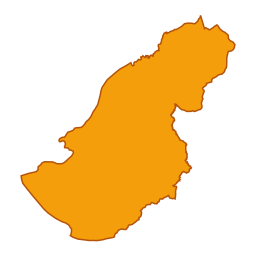 outline of Nonghed, Xiangkhoang, Laos
{"feature_id": "54806243B9713261683611", "entity_name": "Nonghed", "entity_type": "district", "adm_level": 2, "iso_a3": "LAO", "parent_name": "Laos", "parent_adm1": "Xiangkhoang", "projection": "robinson", "projection_center": [104.045, 19.614], "detail": "fine", "context": "isolated", "style": "filled", "palette": "amber", "viewbox_px": 256, "rotation_deg": 0, "n_neighbors": 0, "source": "geoboundaries", "source_scale": "gbopen_adm2", "svg_char_len": 5860}
<svg xmlns="http://www.w3.org/2000/svg" viewBox="0 0 256 256"><path d="M130.9,62.7L125.5,66.0L119.7,69.2L115.5,72.6L107.3,79.7L102.4,86.9L101.2,90.0L100.1,95.6L97.8,104.5L94.4,110.2L93.4,111.3L91.0,116.5L88.5,119.7L86.8,121.1L85.6,122.4L84.9,123.8L83.1,125.9L81.4,127.3L78.5,127.7L77.0,127.7L74.6,128.2L73.4,130.1L72.0,130.8L67.7,132.3L67.0,133.6L66.3,134.4L65.6,135.7L64.4,137.3L63.1,137.2L61.5,137.6L59.6,138.9L59.1,139.9L59.0,140.6L59.5,141.7L60.9,141.6L62.0,141.1L63.7,140.7L64.9,142.0L65.3,143.5L65.3,144.8L64.5,146.8L64.8,147.7L67.8,148.0L68.8,148.9L69.4,150.0L70.9,150.2L73.2,151.2L73.4,152.3L73.1,153.5L71.6,156.0L64.7,162.2L62.8,163.4L60.7,163.8L58.9,163.8L56.6,163.6L53.5,162.2L52.2,161.9L44.4,161.8L41.8,163.0L40.7,164.8L38.7,166.2L38.1,166.9L38.1,169.5L36.3,171.7L29.0,173.3L21.1,175.8L21.7,179.8L22.9,183.5L32.3,195.3L44.2,209.4L48.5,213.3L55.6,218.3L62.0,221.7L65.5,222.9L68.8,225.0L69.8,226.6L70.3,227.6L71.5,228.8L71.5,231.4L71.0,234.5L70.3,235.7L73.1,237.2L77.7,239.0L81.4,239.5L89.6,240.5L93.9,240.4L95.8,240.6L97.9,240.5L103.5,239.6L105.9,238.8L112.8,237.5L114.5,236.8L114.5,235.5L115.0,234.2L115.7,233.4L116.8,233.0L117.8,231.0L118.8,230.2L120.2,229.3L120.8,229.2L122.3,229.1L125.0,229.5L125.8,229.5L126.6,229.0L126.9,228.2L127.7,227.5L128.6,225.2L132.1,224.5L136.1,221.5L137.4,220.2L138.9,219.7L139.1,219.2L139.0,217.5L139.2,217.3L140.3,216.9L141.2,215.5L141.2,214.5L141.6,213.5L141.3,211.6L140.6,211.0L140.5,210.6L140.8,210.2L141.9,209.7L142.3,208.7L143.3,207.8L144.4,207.6L145.2,207.1L146.3,205.0L148.8,204.5L150.0,204.6L150.7,203.9L151.4,202.8L151.8,202.5L155.0,203.7L156.8,203.8L157.3,203.4L157.6,202.1L158.6,202.0L159.0,201.7L159.9,199.0L160.4,198.8L162.6,199.1L163.5,198.0L166.9,196.5L168.4,195.4L168.8,195.7L169.1,196.9L169.9,198.0L172.6,198.7L173.9,198.4L175.1,198.9L175.1,198.0L175.5,196.8L175.4,195.6L175.7,194.8L175.5,194.3L175.7,193.5L175.5,192.8L175.5,191.9L176.0,188.9L176.5,187.8L176.6,187.2L176.4,186.5L174.0,186.4L173.1,185.6L174.7,185.0L175.6,184.0L176.2,183.7L176.7,182.9L176.8,182.3L177.8,181.9L178.4,180.7L179.7,180.7L179.5,180.0L179.5,179.6L179.8,179.5L179.4,179.2L179.4,178.8L179.6,178.7L179.6,177.7L180.1,177.5L179.4,176.6L179.7,176.3L179.6,175.9L180.3,175.5L180.4,175.0L181.0,174.4L181.2,173.9L181.5,173.7L181.7,172.7L182.2,172.6L182.4,172.2L183.0,172.1L183.6,171.5L186.5,173.0L186.9,172.4L187.7,172.6L188.8,171.9L189.1,171.0L189.6,170.2L189.3,169.5L189.5,169.0L190.8,168.6L191.4,167.9L191.1,167.3L190.1,166.6L190.2,166.3L189.8,166.4L189.7,166.1L189.3,165.9L189.3,165.5L188.9,165.5L188.4,164.8L188.2,164.8L188.1,163.8L187.6,163.6L187.6,163.0L187.2,162.8L187.2,162.4L186.8,162.8L186.4,162.5L186.4,162.3L185.6,160.7L185.2,160.3L186.4,159.6L186.2,159.4L186.4,159.0L186.3,158.7L186.5,158.2L186.8,158.3L187.1,157.0L186.9,155.3L187.1,154.2L186.9,153.9L187.0,153.6L186.3,152.9L186.5,152.8L186.4,152.3L186.1,152.5L185.9,152.2L186.0,151.2L185.6,149.3L185.8,148.8L185.7,147.2L185.8,145.9L185.7,145.3L186.5,145.2L186.7,144.9L186.6,144.4L186.1,143.5L185.8,143.5L184.8,142.5L183.7,141.9L183.3,141.2L180.4,140.0L180.0,140.1L179.3,138.2L178.8,137.9L177.2,134.9L176.8,134.7L176.8,134.3L176.5,134.4L176.6,134.0L175.7,133.0L176.0,132.5L175.7,131.4L174.9,130.9L174.2,130.0L173.9,130.1L173.8,129.7L173.4,129.6L173.1,129.2L172.8,129.4L172.8,129.1L172.5,128.9L172.7,128.3L172.5,127.7L172.7,127.3L172.1,126.5L172.1,125.9L171.8,125.5L172.2,125.3L172.0,124.8L172.3,124.6L172.3,124.0L172.5,123.6L172.7,123.3L173.0,122.9L173.0,122.6L173.2,121.7L174.0,121.2L173.9,120.8L174.3,120.9L174.6,120.2L174.2,120.0L174.4,119.6L173.8,117.8L173.3,117.5L173.0,117.7L172.7,117.2L171.8,116.8L171.7,116.3L171.3,116.1L170.9,114.6L171.4,114.5L171.5,114.2L172.2,113.8L172.1,113.1L172.9,112.7L172.9,112.2L173.4,112.4L173.5,111.7L174.5,110.6L174.1,110.3L174.5,110.1L174.3,109.8L174.8,109.8L174.7,109.0L175.2,108.5L175.5,107.5L175.3,107.1L175.6,107.0L175.7,106.2L175.9,106.1L175.2,105.6L175.4,104.9L175.1,104.6L175.0,104.1L176.6,104.6L177.5,106.1L178.6,106.6L179.6,108.1L181.4,109.3L181.7,109.7L184.0,110.1L187.1,111.5L188.6,111.3L190.0,111.5L192.3,111.0L193.0,110.7L194.2,111.5L196.6,110.8L198.2,109.9L200.0,109.6L201.3,108.5L201.9,107.5L202.0,107.0L201.4,102.6L202.0,101.4L202.4,99.6L203.0,98.9L202.3,97.4L202.3,96.9L202.7,95.2L203.3,93.8L203.5,92.7L203.9,92.2L204.2,91.0L203.9,90.4L203.2,89.8L202.8,89.0L202.6,88.2L202.8,87.8L206.1,85.2L206.6,84.5L206.6,83.9L206.4,83.4L211.7,81.9L211.7,80.0L212.7,78.3L214.2,77.8L216.4,76.6L218.4,74.9L222.2,74.0L224.4,71.8L225.1,69.4L226.4,67.7L226.7,64.6L226.8,57.6L228.2,51.6L231.6,50.8L233.3,49.6L234.3,47.7L234.9,44.6L233.0,42.1L230.2,40.7L228.5,38.7L228.1,35.1L225.0,32.4L222.3,31.0L219.8,28.8L218.5,26.6L216.9,24.9L214.2,26.6L212.9,27.8L210.0,29.6L209.1,29.8L208.1,28.9L207.3,28.7L206.3,28.0L205.6,27.8L204.5,28.6L200.5,15.4L200.1,17.6L198.7,18.9L198.1,20.6L195.2,23.6L193.8,23.7L192.1,23.3L188.2,23.1L184.5,23.7L181.4,26.6L176.1,29.6L174.8,29.4L172.9,30.8L170.9,31.3L169.8,31.8L169.2,32.6L167.6,32.8L166.7,32.2L166.5,32.4L166.5,33.1L166.0,32.6L165.2,32.5L165.0,33.1L164.2,33.2L163.4,34.7L163.4,35.2L163.0,35.5L162.6,36.8L162.8,37.6L162.3,38.2L161.5,39.9L161.5,41.6L160.9,42.6L160.7,43.7L160.1,44.2L158.7,44.5L158.2,45.3L158.3,46.2L158.9,48.3L158.6,49.0L159.0,50.6L158.8,50.7L157.5,50.5L155.2,51.9L154.5,53.4L153.6,53.6L153.3,53.9L153.2,55.3L153.3,56.0L153.7,56.0L153.0,56.2L152.1,55.3L150.9,55.2L150.6,55.6L150.5,56.0L149.7,56.2L149.6,57.1L149.1,57.5L148.9,58.1L148.5,58.2L148.0,57.8L148.6,56.6L148.4,56.0L147.2,55.7L145.8,55.7L145.8,56.0L146.3,56.2L146.3,56.5L145.4,57.5L144.8,57.0L144.0,56.8L142.9,55.8L142.0,57.0L141.5,57.1L141.0,56.8L140.9,56.9L140.8,57.6L141.3,58.1L141.0,59.6L140.0,59.9L139.1,59.4L138.4,59.5L138.2,59.8L137.4,60.6L137.1,61.2L136.1,61.9L135.0,61.8L134.3,62.3L134.0,62.8L133.8,64.0L133.9,65.3L132.8,65.8L132.1,65.5L131.8,65.0L130.9,62.7Z" fill="#f59e0b" stroke="#b45309" stroke-width="1.5"/></svg>